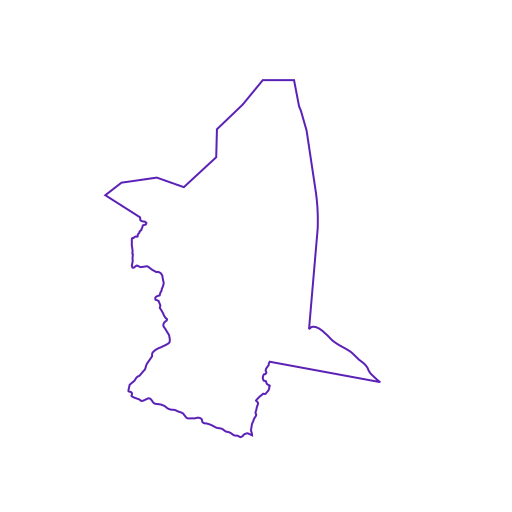 Atima, Santa Bárbara, Honduras, rotated 202°
{"feature_id": "27666195B460141259069", "entity_name": "Atima", "entity_type": "district", "adm_level": 2, "iso_a3": "HND", "parent_name": "Honduras", "parent_adm1": "Santa Bárbara", "projection": "robinson", "projection_center": [-88.493, 14.908], "detail": "fine", "context": "isolated", "style": "outline", "palette": "violet", "viewbox_px": 512, "rotation_deg": 202, "n_neighbors": 0, "source": "geoboundaries", "source_scale": "gbopen_adm2", "svg_char_len": 6016}
<svg xmlns="http://www.w3.org/2000/svg" viewBox="0 0 512 512"><g transform="rotate(202 256 256)"><path d="M286.6,433.3L315.6,421.6L325.1,391.3L339.7,358.9L329.9,332.7L348.7,292.8L377.4,291.5L408.2,273.6L418.5,255.9L377.9,248.4L377.6,247.8L377.2,246.8L377.0,246.4L376.6,245.9L376.0,245.7L375.1,245.6L374.2,245.6L373.6,245.7L372.5,246.1L371.7,246.2L371.4,246.1L370.1,245.7L370.0,245.4L369.9,244.9L369.9,244.3L370.0,243.9L370.3,243.6L371.0,243.2L372.0,242.3L372.3,242.1L372.4,241.9L372.3,241.2L372.1,239.6L372.3,237.9L372.2,237.6L372.0,237.3L372.0,237.1L372.1,236.8L372.5,236.4L372.8,236.0L373.0,235.5L373.1,235.1L373.1,234.8L372.9,234.3L372.9,233.9L373.0,233.6L373.2,233.0L373.4,232.4L373.5,231.6L373.5,230.9L373.4,230.5L373.1,230.0L373.1,229.7L373.3,229.5L373.5,229.4L374.0,229.2L374.8,229.0L375.2,228.7L375.8,228.0L376.1,227.1L376.4,226.7L376.6,226.5L377.2,226.4L377.4,226.2L377.5,225.9L377.6,225.5L377.5,225.2L377.2,224.7L377.0,223.8L376.7,223.2L376.4,222.7L375.4,219.9L374.6,218.4L373.6,216.8L372.3,214.4L371.9,213.1L371.7,212.2L371.5,211.9L371.0,211.7L370.8,211.5L370.1,209.1L369.7,208.0L369.3,206.8L368.6,205.6L368.3,204.7L367.6,200.9L367.3,200.4L366.9,199.7L366.5,199.3L366.1,199.0L365.7,199.0L365.4,199.1L365.1,199.3L364.8,199.6L364.4,200.3L363.9,201.3L363.6,201.7L363.2,202.2L362.9,202.5L362.4,202.6L359.4,202.4L358.7,202.5L356.2,203.9L353.9,205.3L353.3,205.6L353.0,205.7L352.7,205.7L351.8,205.6L347.0,204.3L342.6,203.8L342.4,203.8L342.0,203.9L341.5,204.2L341.0,204.6L340.3,204.6L339.0,204.6L338.1,204.4L337.3,204.0L336.3,203.4L335.6,202.7L335.2,202.2L334.2,200.5L332.6,198.0L331.9,197.2L331.7,196.9L331.5,196.4L331.3,195.8L331.1,194.5L331.0,193.8L330.9,192.1L331.0,190.1L330.9,189.7L330.7,188.8L330.6,188.0L330.7,187.4L330.9,186.6L330.9,186.1L330.7,184.3L330.6,183.6L330.6,183.3L330.8,183.1L331.6,182.6L332.3,182.0L333.0,181.2L333.5,180.5L333.6,180.1L333.7,179.7L333.6,179.1L333.4,178.6L333.0,178.0L332.8,177.9L332.6,177.8L332.2,177.8L331.2,177.9L330.1,177.9L329.6,177.9L326.2,174.4L326.1,174.0L325.8,171.9L323.1,170.0L320.5,167.9L319.2,166.5L318.0,165.6L316.4,164.6L315.9,164.5L315.3,164.4L315.0,164.2L314.8,164.0L314.7,163.6L314.7,163.1L314.7,162.7L314.9,162.6L315.2,161.8L316.0,160.4L316.1,160.0L316.2,159.4L316.3,158.6L316.2,157.9L316.1,157.3L315.8,156.8L315.5,156.3L315.2,156.0L314.2,155.3L312.7,154.4L309.8,152.1L308.1,151.0L307.3,150.3L306.7,149.7L306.2,148.9L305.2,147.3L304.6,146.2L304.2,145.1L304.0,144.5L303.9,144.0L304.0,143.3L304.2,142.6L304.7,141.8L305.2,141.1L306.3,139.7L308.2,137.7L309.8,135.9L310.3,135.4L311.2,134.6L311.7,134.2L314.0,131.3L314.9,129.6L315.6,128.0L315.7,127.3L315.7,126.8L315.3,125.3L314.9,124.4L314.8,124.1L315.1,122.7L316.5,116.4L316.8,114.8L316.8,113.1L316.5,110.5L316.5,109.4L316.5,109.0L316.7,108.5L317.2,107.3L319.0,101.8L319.4,101.1L320.1,100.4L320.6,99.7L321.0,99.1L321.3,98.4L321.4,98.0L322.0,94.7L323.9,91.3L324.9,89.2L324.6,87.5L324.2,85.0L324.0,83.8L323.5,82.8L322.5,82.8L320.9,83.0L320.3,82.8L319.6,82.3L319.2,81.4L319.2,80.7L319.2,80.2L319.1,79.8L318.7,79.4L317.6,79.2L315.3,79.1L310.4,79.3L309.8,79.2L309.5,79.0L308.8,78.7L308.2,78.7L307.5,78.9L306.4,79.6L305.4,80.6L302.8,83.5L302.0,83.9L301.1,84.1L299.4,83.6L296.3,81.6L295.1,81.2L293.6,81.3L289.8,82.4L288.2,82.7L286.5,82.7L284.6,82.7L281.0,81.6L279.7,81.5L277.6,81.6L274.2,82.7L272.6,82.9L271.5,82.7L268.9,82.7L267.6,82.9L266.1,82.8L264.7,82.7L260.2,80.1L259.8,80.0L259.0,79.9L258.1,80.0L257.5,80.2L255.9,80.9L253.9,81.8L252.4,82.3L252.0,82.5L249.4,84.3L249.0,84.4L248.1,84.7L247.1,84.8L246.0,84.6L245.2,84.3L244.9,84.0L244.2,82.9L243.5,82.0L242.9,81.7L241.9,81.6L241.0,81.6L239.8,82.0L239.2,82.2L237.2,82.4L235.9,82.5L233.6,82.5L231.6,82.3L229.6,82.0L228.3,82.0L226.9,82.2L224.6,82.8L223.9,82.9L223.0,83.0L221.9,82.9L219.5,82.2L218.5,82.0L217.9,82.0L215.0,82.5L214.5,82.5L213.4,82.4L212.1,82.2L210.5,81.7L209.8,81.6L208.8,81.6L207.6,81.8L207.0,82.0L206.2,82.4L205.7,82.5L204.9,82.4L203.2,82.2L202.7,82.2L202.3,82.5L201.8,82.9L201.0,83.8L200.8,84.4L200.6,85.3L200.5,85.6L200.3,85.9L199.9,86.5L199.5,86.9L198.6,87.7L197.6,88.4L197.3,88.5L196.6,88.5L192.5,88.3L192.9,89.1L193.5,90.1L194.1,90.9L194.9,91.8L195.4,92.6L195.5,93.0L196.8,98.8L196.7,102.3L196.8,103.3L196.8,104.2L196.7,105.1L196.3,107.1L196.2,108.3L196.3,108.7L196.6,109.3L196.9,109.6L197.3,109.9L197.5,110.2L197.8,110.7L197.9,111.2L198.0,111.8L198.0,112.8L198.1,113.4L198.2,114.2L198.4,114.9L198.6,116.2L198.7,118.0L198.7,119.3L198.7,119.7L198.8,120.0L199.1,120.4L199.6,120.9L200.2,121.3L201.7,121.8L201.8,121.9L201.8,122.0L201.7,122.6L201.3,123.7L200.1,126.6L199.8,127.4L198.9,128.8L198.0,130.6L197.8,130.9L197.6,131.1L196.9,131.1L196.0,131.4L195.7,131.7L195.4,132.1L194.2,135.8L194.1,137.0L194.1,137.8L194.3,138.7L194.7,139.7L194.7,140.0L194.5,140.6L194.6,140.8L194.9,141.0L195.3,141.1L196.2,141.1L197.0,141.2L197.5,141.3L197.9,141.5L198.2,141.7L198.7,142.1L199.9,143.6L200.9,143.5L201.8,143.3L202.1,143.4L202.3,143.4L202.8,143.8L203.1,144.3L203.3,144.5L204.1,145.4L204.3,146.6L204.5,147.8L204.5,148.4L204.4,148.9L204.3,149.2L204.1,149.5L203.4,149.7L203.1,150.1L202.8,150.6L202.7,151.3L202.7,151.7L202.9,152.1L203.5,152.7L204.0,153.1L204.1,153.3L204.2,153.6L204.3,154.2L204.4,155.4L204.3,156.1L204.2,156.4L204.0,156.9L203.9,157.9L203.5,158.8L203.4,159.5L203.4,159.8L203.7,160.6L203.8,161.0L203.8,161.7L203.7,163.1L93.5,185.6L94.8,185.8L97.8,186.8L102.7,188.7L105.4,189.8L106.8,190.6L108.0,191.5L108.8,192.1L110.3,193.7L111.8,194.8L113.1,195.6L114.6,196.3L115.8,196.8L117.1,197.2L120.4,198.1L121.8,198.5L124.5,199.6L128.6,201.3L130.7,202.1L132.5,202.7L134.8,203.1L137.9,203.6L145.5,204.5L148.2,205.0L151.4,205.7L153.2,206.2L154.8,206.8L160.1,209.2L164.0,210.6L166.1,211.4L167.7,211.8L169.4,212.2L170.5,212.4L172.0,212.5L173.7,212.5L175.3,212.2L176.5,211.8L177.3,211.4L178.1,210.7L178.4,210.1L178.9,209.1L179.2,208.6L179.4,208.6L179.6,208.7L179.7,208.9L209.2,304.9L210.8,309.1L213.3,315.3L214.6,318.3L217.4,324.4L220.4,330.3L223.6,336.2L256.1,391.3L268.7,407.4L272.2,411.0L286.6,433.3Z" fill="none" stroke="#5b21b6" stroke-width="2"/></g></svg>